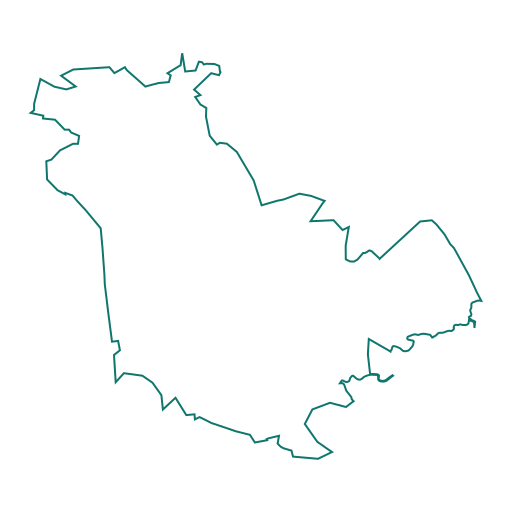 San Pedro de la Cueva, Sonora, Mexico (Albers equal-area conic projection)
{"feature_id": "50627088B42158241745677", "entity_name": "San Pedro de la Cueva", "entity_type": "district", "adm_level": 2, "iso_a3": "MEX", "parent_name": "Mexico", "parent_adm1": "Sonora", "projection": "albers", "projection_center": [-109.481, 29.278], "detail": "fine", "context": "isolated", "style": "outline", "palette": "teal", "viewbox_px": 512, "rotation_deg": 0, "n_neighbors": 0, "source": "geoboundaries", "source_scale": "gbopen_adm2", "svg_char_len": 5519}
<svg xmlns="http://www.w3.org/2000/svg" viewBox="0 0 512 512"><path d="M40.4,79.0L34.1,103.9L34.1,110.2L30.7,112.9L43.3,115.7L43.0,118.5L55.0,119.7L64.7,129.7L69.1,129.7L71.1,132.5L79.1,135.9L78.0,143.8L73.0,143.8L60.1,150.3L51.4,159.6L46.3,161.3L47.1,179.5L56.7,189.3L57.3,190.1L65.4,194.4L65.3,192.9L72.5,195.5L77.0,200.8L85.7,210.2L100.7,228.3L102.5,248.2L104.4,274.7L104.8,284.4L105.7,291.7L108.3,313.1L109.6,323.1L112.0,341.7L118.1,340.9L119.0,345.5L119.9,350.3L114.0,355.0L114.4,361.4L115.7,382.2L123.9,373.2L142.4,375.7L152.5,382.7L161.4,395.2L162.9,409.5L175.5,397.8L186.3,415.1L194.5,414.3L194.9,419.4L199.6,417.1L205.3,419.9L211.6,423.1L214.4,424.0L235.6,431.2L235.9,431.3L237.1,431.6L249.9,434.8L254.9,442.5L260.7,441.4L267.1,440.2L266.6,439.2L268.2,438.4L279.0,435.8L277.6,443.6L280.7,446.7L283.6,448.3L291.5,450.6L293.0,456.6L318.0,458.8L332.0,452.0L325.4,447.5L325.3,447.4L317.3,441.8L304.8,424.0L312.4,409.4L330.0,402.8L346.0,407.0L353.6,401.2L351.8,399.3L351.3,397.1L346.3,390.7L344.1,384.5L342.6,383.2L339.9,383.3L341.8,380.5L342.8,380.6L343.4,380.7L343.9,381.1L344.8,381.5L345.7,381.9L346.9,382.0L347.9,381.7L348.6,381.4L349.0,381.2L349.2,380.8L349.5,380.5L349.6,379.9L349.9,379.0L350.1,378.4L350.3,377.9L350.6,377.5L351.1,377.0L351.5,376.5L351.8,376.2L352.2,375.8L352.8,375.7L353.4,375.9L353.8,376.3L354.6,377.0L355.3,377.6L355.9,378.2L357.4,379.1L358.7,379.6L359.7,379.6L360.1,379.6L360.7,379.4L361.4,379.0L362.0,378.7L362.7,378.0L363.8,377.1L365.0,376.4L367.3,375.5L370.0,374.8L372.2,374.7L374.7,374.9L375.9,374.9L376.3,374.9L376.9,375.0L377.5,375.2L377.8,375.6L378.1,376.7L378.2,378.8L378.2,379.5L378.5,380.0L378.8,380.4L379.3,380.8L380.1,381.2L381.3,381.5L383.6,381.6L385.1,381.3L386.6,380.7L387.6,379.9L390.0,378.0L391.8,376.6L393.0,375.7L392.5,375.2L391.1,376.2L389.3,377.4L387.8,378.6L386.3,379.8L385.0,380.5L383.4,380.9L381.5,380.8L380.0,380.3L379.4,380.0L378.9,379.4L378.7,379.0L378.7,378.3L378.7,377.9L378.8,377.4L378.9,376.6L378.9,376.3L379.0,375.7L378.8,375.3L378.4,374.8L377.9,374.5L377.1,374.3L375.1,374.1L372.4,374.0L370.1,374.1L367.9,354.5L368.0,352.1L368.8,339.0L389.1,350.7L390.5,351.6L390.7,350.7L391.1,350.4L391.4,349.9L391.6,349.6L391.8,349.1L392.0,348.1L392.4,347.1L392.7,346.5L393.1,346.2L393.5,346.1L394.1,346.1L396.1,346.6L397.2,347.0L398.5,347.6L399.7,348.1L400.2,348.4L400.6,348.7L401.1,349.2L401.6,349.7L402.1,350.1L402.7,350.7L403.3,350.9L404.5,351.2L406.0,351.2L407.5,350.8L408.5,350.5L409.7,349.4L410.6,348.3L411.1,347.7L411.7,347.3L412.1,346.6L412.6,345.9L413.2,344.6L413.3,343.6L413.4,342.9L413.8,341.9L413.6,341.2L412.7,340.5L411.5,340.4L410.6,340.2L409.6,339.9L408.0,339.5L407.4,339.0L407.3,338.3L407.3,337.7L407.4,337.3L407.8,336.8L408.9,336.3L409.9,335.9L410.6,335.6L411.3,335.4L412.1,335.0L413.5,334.6L415.0,334.3L416.5,334.6L417.7,334.9L418.8,334.8L420.6,334.2L422.5,333.8L425.1,333.9L425.5,334.0L426.7,334.2L427.2,334.3L428.2,334.5L429.7,334.7L430.3,335.0L430.8,335.6L431.2,336.3L431.6,336.8L432.0,337.4L432.5,337.5L432.9,337.4L433.2,336.8L433.5,336.6L434.4,336.4L435.0,336.1L435.8,335.5L436.5,334.9L437.3,334.1L437.9,333.5L438.6,333.0L439.5,332.8L441.3,332.8L442.9,332.7L444.1,332.3L446.0,331.6L447.7,331.0L448.9,330.8L449.5,330.8L450.3,330.9L450.8,331.0L451.4,331.0L451.6,330.9L451.9,330.8L452.1,330.6L452.3,330.5L452.7,330.0L453.1,329.8L453.5,329.7L453.9,328.8L453.7,327.5L453.9,326.4L454.3,325.5L454.8,325.1L455.3,324.9L456.1,324.9L456.7,324.9L457.5,325.0L458.5,325.0L459.2,324.7L459.8,324.4L460.3,324.4L460.9,324.5L461.9,324.8L462.9,325.0L464.8,325.0L465.8,325.1L466.3,324.8L466.9,324.7L467.3,324.5L467.7,324.2L468.0,323.9L468.2,323.7L468.4,323.4L468.5,323.0L468.7,322.0L469.2,318.6L470.1,320.3L470.6,320.8L471.3,320.9L471.7,320.9L472.2,321.3L472.5,321.5L472.8,321.5L473.2,321.5L473.7,321.5L474.3,321.8L474.5,321.9L474.4,322.8L474.0,323.3L474.1,323.8L474.2,324.4L474.4,325.1L474.3,325.4L474.3,325.5L474.5,328.0L474.6,326.4L474.8,325.0L474.9,323.8L474.9,322.6L475.2,321.9L475.2,321.7L474.7,321.4L474.2,321.1L473.3,320.6L472.1,320.4L471.1,319.5L470.7,319.2L469.9,318.6L469.6,318.5L469.2,318.3L469.2,317.8L468.9,317.2L469.3,316.8L469.8,316.4L470.4,316.1L470.8,315.9L471.1,315.6L471.2,315.2L471.3,314.9L471.3,314.6L471.3,314.1L471.2,313.5L470.7,312.4L470.3,311.0L470.2,310.3L470.3,309.8L470.7,309.2L470.8,308.8L471.1,308.2L471.3,307.6L471.3,307.2L471.4,306.7L471.3,306.0L471.3,305.5L471.4,305.1L471.3,304.7L471.3,304.4L471.5,303.6L472.4,302.6L473.9,302.0L474.8,301.7L475.8,301.3L477.1,300.7L479.3,300.6L481.3,300.9L476.2,291.1L475.7,289.8L468.8,275.0L465.1,268.3L456.6,252.8L453.9,248.0L450.2,244.1L444.6,234.5L436.3,224.3L431.8,220.3L420.1,221.5L387.1,251.9L379.6,258.8L379.5,258.5L372.2,251.7L371.8,251.3L369.4,250.4L367.3,251.7L365.3,252.9L363.1,253.0L357.5,259.6L353.8,261.6L349.9,261.4L345.8,259.3L345.7,251.4L345.7,245.5L348.8,227.0L342.6,230.0L333.5,220.2L318.8,220.9L310.6,221.2L323.0,202.8L324.6,200.9L311.0,195.9L299.4,193.7L283.5,199.5L277.1,200.8L261.6,205.3L253.7,180.5L239.7,156.8L239.6,156.6L236.9,152.0L226.9,143.7L219.8,142.8L216.9,144.6L209.7,135.7L206.0,116.7L206.3,108.0L200.4,104.5L195.2,97.0L200.4,95.1L194.1,89.6L211.2,73.2L219.0,75.2L220.5,72.1L220.0,71.6L219.2,65.9L214.4,64.0L206.3,63.8L203.8,64.5L202.0,62.2L198.9,61.7L195.6,70.5L185.2,71.5L182.2,53.2L180.6,65.2L167.5,73.2L170.7,75.4L168.9,82.1L158.7,83.0L146.9,86.1L145.4,86.6L136.0,78.2L135.5,77.8L130.2,73.1L129.9,72.9L126.7,70.0L124.9,67.2L114.4,73.1L109.4,67.2L73.3,69.5L61.1,75.7L75.7,86.5L66.3,89.4L54.4,86.7L40.4,79.0Z" fill="none" stroke="#0f766e" stroke-width="2"/></svg>